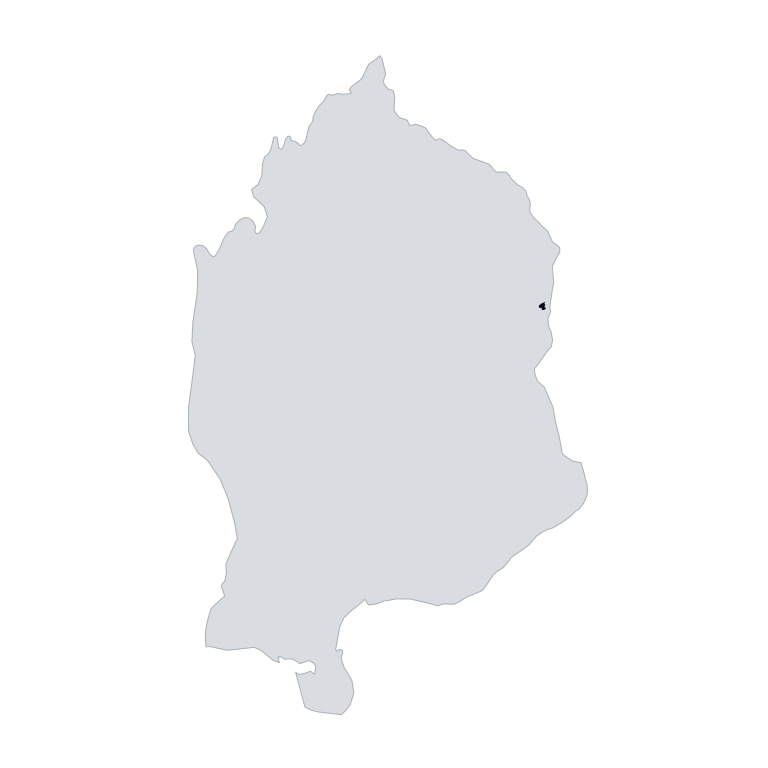 Oncesti, Maramures, Romania shown in context, rotated 87°
{"feature_id": "2599482B10269733092117", "entity_name": "Oncesti", "entity_type": "district", "adm_level": 2, "iso_a3": "ROU", "parent_name": "Romania", "parent_adm1": "Maramures", "projection": "robinson", "projection_center": [23.991, 47.848], "detail": "fine", "context": "in_parent", "style": "filled", "palette": "ink", "viewbox_px": 768, "rotation_deg": 87, "n_neighbors": 0, "source": "geoboundaries", "source_scale": "gbopen_adm2", "svg_char_len": 4738}
<svg xmlns="http://www.w3.org/2000/svg" viewBox="0 0 768 768"><g transform="rotate(87 384 384)"><path d="M607.9,427.6L615.4,436.4L624.8,441.1L646.4,446.1L648.3,445.5L648.5,444.6L647.0,443.3L646.7,441.6L647.7,439.6L650.7,439.5L655.6,441.3L664.8,438.7L678.2,431.6L690.7,430.2L702.2,434.4L708.1,439.3L712.0,443.9L711.0,449.6L710.4,453.2L707.8,468.0L705.9,473.5L702.7,479.8L667.4,487.3L669.6,483.7L668.6,477.4L667.0,472.7L670.2,468.4L662.2,466.8L658.8,469.2L656.2,473.3L658.8,482.7L655.0,487.9L653.6,490.8L653.6,497.8L651.3,500.7L651.0,504.0L656.6,503.1L654.2,509.1L643.8,520.6L640.2,527.4L641.7,554.5L637.3,570.7L637.0,575.5L625.6,575.6L622.3,575.3L611.5,572.8L599.3,568.5L592.1,560.2L587.5,554.2L577.3,556.9L575.4,556.2L572.5,553.3L564.8,551.4L555.3,551.3L533.9,540.4L531.5,538.5L514.8,540.4L489.8,545.8L470.7,552.5L451.0,564.3L443.1,573.4L433.8,578.1L420.6,581.7L396.9,580.4L372.3,575.8L345.8,571.0L331.5,573.6L312.2,571.6L283.1,565.8L261.4,564.1L239.9,567.5L236.4,564.9L235.6,561.9L236.4,557.6L239.5,554.2L244.7,551.6L247.4,549.0L247.7,546.3L241.9,542.0L230.0,536.1L225.2,532.4L224.0,531.5L223.7,528.2L221.2,525.6L216.6,523.7L213.1,520.2L210.6,515.3L211.1,510.5L214.8,506.1L219.4,504.2L225.0,504.8L227.4,503.6L226.5,500.5L221.0,496.5L210.9,491.7L200.7,494.3L190.2,504.4L182.6,506.0L178.1,499.2L169.9,495.2L158.1,493.9L150.9,491.4L148.2,487.4L143.1,484.4L131.8,481.3L131.7,478.2L133.5,477.5L137.5,477.2L143.0,476.6L143.9,474.8L143.9,473.2L139.7,471.2L135.4,469.9L133.2,468.5L131.7,467.0L131.5,465.4L132.8,464.4L134.5,464.3L136.2,463.4L137.2,459.7L139.6,456.8L141.3,455.7L141.2,453.5L139.5,451.5L137.1,449.7L133.7,448.6L123.0,445.5L117.6,441.2L114.2,441.0L109.0,438.6L103.3,434.9L98.5,429.5L93.2,426.1L91.9,424.6L91.8,423.3L92.8,421.8L92.8,420.2L91.5,415.0L92.5,409.4L92.3,404.2L92.3,401.9L91.3,401.2L90.4,402.0L89.0,402.9L87.7,403.1L83.9,399.3L79.1,391.6L75.8,389.0L69.3,385.5L63.8,382.5L60.0,376.1L56.0,371.1L58.7,369.0L74.5,366.1L81.7,369.0L85.0,367.9L88.2,365.6L90.0,363.8L90.4,361.8L92.0,359.3L97.3,358.2L111.3,359.7L117.0,356.2L119.1,354.3L120.4,350.2L122.0,346.8L127.0,345.1L127.0,342.0L126.2,338.7L129.3,331.3L131.1,328.3L133.9,327.2L137.4,324.9L143.4,320.0L142.0,315.8L143.3,312.7L149.5,305.1L154.3,297.8L154.3,294.1L155.0,290.9L159.2,287.4L163.6,282.8L169.5,268.5L171.6,266.1L175.4,263.4L178.3,260.7L178.7,251.3L181.3,248.6L186.4,245.6L191.5,240.7L195.6,234.9L198.7,232.2L202.9,231.5L207.4,229.3L212.5,228.4L217.4,229.5L220.5,228.9L225.2,226.1L237.2,215.5L238.9,213.4L241.4,212.0L251.1,208.3L253.6,204.7L256.9,201.4L261.2,201.6L275.2,209.8L290.3,209.3L293.0,209.6L293.9,209.7L295.8,210.4L315.8,214.4L318.9,214.0L319.7,213.6L327.8,217.0L334.9,216.5L341.7,214.2L348.7,213.4L355.2,214.8L360.1,219.5L372.9,229.4L376.7,233.1L382.6,232.6L389.1,230.7L395.6,224.1L415.7,216.5L431.0,214.7L446.0,211.7L463.3,209.5L468.2,203.4L471.0,199.2L472.8,191.4L482.1,189.2L491.0,187.6L494.1,186.6L500.6,186.3L505.6,187.0L513.4,190.8L518.9,195.6L521.1,199.4L525.9,204.8L530.9,212.4L536.4,222.5L537.7,227.6L539.8,233.1L544.0,239.8L551.8,247.2L552.9,248.6L556.5,253.9L563.4,265.5L569.1,270.1L574.1,275.1L576.6,280.2L580.2,284.8L588.6,291.0L595.4,296.5L601.1,312.5L605.1,319.8L607.6,325.5L606.7,336.9L608.3,341.7L605.4,350.6L600.2,368.5L599.2,382.8L600.3,390.5L600.5,395.4L601.9,398.5L603.5,405.0L603.9,410.7L601.9,412.3L599.2,413.6L598.1,414.8L600.7,417.4L604.3,422.1L607.9,427.6Z" fill="#d9dde1" stroke="#a8b0b8" stroke-width="1"/><path d="M315.3,224.5L315.3,224.4L315.3,224.2L315.4,223.9L315.4,223.7L315.4,223.4L315.5,223.3L315.5,223.2L315.4,223.0L315.5,222.9L315.5,222.7L315.5,222.4L315.8,222.2L316.0,222.0L316.1,221.9L316.3,221.8L316.3,221.7L316.5,221.7L316.8,221.6L317.0,221.8L317.3,221.8L317.5,221.8L317.5,221.7L317.6,221.4L317.7,221.1L317.4,220.9L317.5,220.9L317.5,220.7L317.5,220.4L317.5,220.2L317.4,220.2L317.2,220.0L317.2,219.9L317.0,219.7L316.9,219.6L316.9,219.4L316.7,219.4L316.6,219.5L316.6,219.8L316.5,220.0L316.4,220.0L316.3,220.3L316.2,220.3L316.0,220.5L315.9,220.5L315.9,220.4L315.7,220.4L315.7,220.5L315.6,220.8L315.6,221.0L315.8,221.1L315.7,221.2L315.4,221.0L315.4,220.9L315.3,220.7L315.2,220.6L315.0,220.4L314.9,220.4L314.8,220.5L314.8,220.4L314.7,220.4L314.4,220.3L314.4,220.2L314.2,220.2L313.9,220.1L313.6,219.9L313.4,219.7L313.2,219.8L312.9,219.9L312.9,220.0L312.7,220.2L312.6,220.3L312.4,220.3L312.2,220.4L312.1,220.5L311.9,220.4L312.0,220.6L312.0,220.8L312.2,221.2L312.3,221.3L312.3,221.5L312.5,221.7L312.5,221.8L312.5,222.0L312.6,222.3L312.7,222.5L312.8,222.5L312.9,222.8L313.0,222.8L313.2,223.0L313.3,223.0L313.4,223.3L313.5,223.4L313.6,223.5L313.8,223.9L313.8,224.0L314.0,224.1L314.2,224.3L314.3,224.3L314.4,224.5L314.5,224.5L314.8,224.6L315.0,224.6L315.3,224.5Z" fill="#0f172a" stroke="#020617" stroke-width="1.5"/></g></svg>